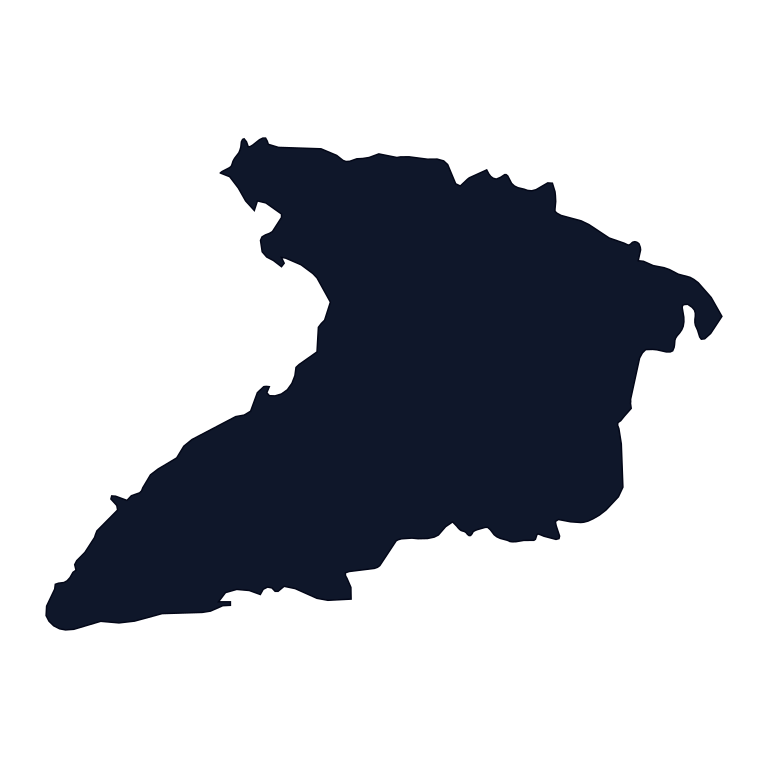 outline of Granma
{"feature_id": "CUB-1366", "entity_name": "Granma", "entity_type": "Province", "adm_level": 1, "iso_a3": "CUB", "parent_name": "Cuba", "parent_adm1": "", "projection": "natural_earth1", "projection_center": [-76.9, 20.306], "detail": "fine", "context": "isolated", "style": "filled", "palette": "ink", "viewbox_px": 768, "rotation_deg": 0, "n_neighbors": 0, "source": "natural_earth", "source_scale": "10m", "svg_char_len": 3879}
<svg xmlns="http://www.w3.org/2000/svg" viewBox="0 0 768 768"><path d="M351.1,599.1L327.9,600.3L316.9,598.3L295.2,588.6L284.1,586.3L278.1,591.3L275.1,591.3L271.9,587.9L267.5,587.1L263.2,589.3L260.3,594.5L249.3,590.5L236.7,589.4L225.5,592.6L218.5,601.8L230.4,601.8L230.4,605.3L222.7,605.7L210.5,611.1L202.3,612.4L162.1,613.6L134.6,621.1L119.0,622.9L100.7,621.3L73.8,629.3L65.5,629.9L59.6,628.8L53.7,625.8L49.0,621.2L46.1,615.6L46.6,606.1L54.7,589.1L55.3,584.3L58.5,583.2L64.0,582.5L67.1,580.8L70.0,577.6L73.0,572.3L76.0,570.2L74.7,564.6L76.7,560.7L84.9,552.4L94.6,537.4L95.4,534.8L96.9,530.9L117.6,510.0L116.8,505.5L110.9,499.0L111.7,495.9L115.6,496.2L127.0,500.4L131.4,495.7L139.7,492.8L141.6,490.8L142.8,487.7L150.5,474.8L158.1,469.0L176.7,457.9L183.8,446.2L192.0,439.5L235.7,416.6L244.1,415.1L250.6,411.2L257.4,392.6L263.7,386.7L264.9,386.5L266.5,386.4L269.3,386.7L266.8,392.7L269.4,395.7L275.0,395.9L281.4,394.0L287.3,389.8L291.9,383.4L294.9,375.7L296.0,367.4L299.1,364.5L317.0,351.9L318.4,327.3L321.3,323.5L324.6,320.2L330.4,302.1L317.0,277.9L312.8,273.5L301.1,264.8L285.6,258.1L281.4,257.4L284.2,263.2L281.5,266.7L273.4,260.5L266.7,257.0L262.2,251.8L260.5,240.4L262.0,236.9L265.4,234.9L269.4,233.4L272.4,231.6L281.5,217.5L281.5,214.0L265.8,202.9L257.4,200.9L254.3,210.5L245.6,200.9L238.3,188.0L229.7,176.7L220.3,173.0L220.3,172.9L222.1,171.5L228.9,168.0L230.7,166.8L231.5,165.7L232.0,164.4L233.0,161.2L234.6,158.3L238.9,152.7L239.9,150.2L240.8,147.2L241.4,141.8L242.6,139.4L244.1,138.8L246.5,141.8L248.2,146.7L250.0,146.7L252.7,145.1L259.5,139.7L262.8,138.1L265.6,138.1L267.3,141.2L268.3,144.3L278.5,147.4L321.0,148.8L336.7,155.4L343.0,160.4L345.9,161.5L349.7,161.3L356.8,158.8L362.7,158.5L369.1,157.5L378.8,153.9L396.9,157.5L400.4,156.9L409.0,156.8L427.5,159.2L437.2,159.1L443.7,160.9L447.7,164.6L455.7,183.8L460.3,186.0L467.5,179.2L469.3,177.8L486.7,169.9L488.8,173.9L490.7,176.4L493.1,178.2L496.3,179.1L500.6,177.3L504.7,174.6L506.1,174.6L507.7,175.9L511.6,183.4L514.4,186.0L517.9,187.7L524.2,189.2L527.5,190.4L531.7,190.8L536.0,189.7L547.7,182.9L552.4,183.2L555.0,191.7L555.4,195.5L555.7,201.5L555.0,209.1L555.0,211.3L557.0,213.2L561.0,215.4L581.3,220.9L589.1,224.7L609.2,238.0L624.2,243.2L628.0,245.0L629.3,244.9L630.6,244.1L631.8,242.9L632.7,242.2L634.6,241.7L635.9,241.9L637.4,242.5L639.0,243.8L640.3,247.3L640.6,249.9L638.2,260.7L643.5,261.3L653.2,265.6L664.1,267.7L669.5,269.6L678.3,274.2L690.0,277.3L693.8,279.4L698.3,282.8L711.2,297.5L721.9,316.4L710.7,333.4L704.7,338.8L701.3,339.2L699.7,337.0L697.6,330.2L695.4,325.3L694.9,322.5L694.9,319.4L695.3,316.3L695.3,313.1L694.4,310.0L692.1,307.3L687.8,304.3L684.5,304.5L682.6,305.3L682.2,307.6L683.8,317.1L683.9,321.8L683.2,326.3L681.8,329.7L679.7,332.8L677.1,335.8L675.6,338.1L674.9,340.2L674.5,345.0L674.1,347.4L672.7,350.8L670.3,351.9L666.2,351.9L656.9,349.8L652.6,349.4L645.7,349.6L642.4,352.9L639.6,358.0L630.6,399.3L630.7,401.7L630.5,403.3L631.2,408.4L624.5,416.0L620.7,420.7L617.9,422.6L617.6,425.2L618.9,428.7L621.3,443.9L622.9,487.2L618.4,496.8L606.0,510.0L599.4,515.1L593.2,518.7L588.0,521.1L583.8,522.2L580.8,522.5L570.6,521.8L558.4,519.5L555.5,521.4L555.6,522.9L556.2,525.8L559.6,536.1L559.0,538.6L556.0,539.4L543.9,536.2L540.3,534.7L537.8,533.9L536.9,534.8L535.4,539.3L533.9,540.3L523.7,540.4L516.0,541.7L512.2,541.8L509.9,541.5L509.0,541.0L507.4,540.3L500.3,538.4L496.8,536.8L494.1,534.7L490.3,529.7L487.6,527.3L485.1,527.4L476.8,529.8L474.5,530.8L472.9,532.0L472.1,533.7L470.6,535.5L469.1,535.6L467.5,534.4L466.4,532.9L465.3,532.0L464.1,531.4L462.6,531.0L461.1,530.5L459.6,529.4L457.9,527.6L456.9,526.3L452.6,521.9L445.6,526.7L438.4,535.0L434.2,537.1L427.5,538.5L418.0,538.7L411.9,538.1L401.5,538.8L398.3,539.7L396.2,540.8L379.8,565.6L377.5,567.3L374.4,568.4L349.2,571.5L345.4,572.8L345.4,574.3L345.6,575.9L347.0,578.4L350.9,587.4L351.1,599.1Z" fill="#0f172a" stroke="#020617" stroke-width="1.5"/></svg>